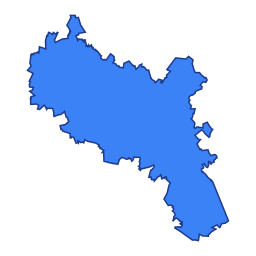 the district of Mangaung, Free State, South Africa
{"feature_id": "47623444B22599792684232", "entity_name": "Mangaung", "entity_type": "district", "adm_level": 2, "iso_a3": "ZAF", "parent_name": "South Africa", "parent_adm1": "Free State", "projection": "albers", "projection_center": [26.542, -29.381], "detail": "fine", "context": "isolated", "style": "filled", "palette": "blue", "viewbox_px": 256, "rotation_deg": 0, "n_neighbors": 0, "source": "geoboundaries", "source_scale": "gbopen_adm2", "svg_char_len": 5721}
<svg xmlns="http://www.w3.org/2000/svg" viewBox="0 0 256 256"><path d="M30.9,55.0L29.9,63.4L31.2,66.0L27.5,70.4L33.1,73.4L29.2,81.3L30.3,81.9L29.5,83.8L29.4,85.2L29.6,87.0L33.4,87.4L32.4,90.1L29.7,91.2L34.7,95.5L31.0,96.7L30.4,98.4L30.6,98.8L31.0,98.6L30.9,99.1L30.6,99.3L30.7,104.3L33.2,104.3L36.2,104.0L38.7,105.3L37.5,109.0L39.6,109.5L44.2,105.2L44.7,105.7L46.7,109.5L47.2,108.2L52.8,108.5L53.9,113.4L53.7,115.5L54.1,116.5L57.9,115.0L61.0,114.4L62.6,113.0L62.8,113.1L64.5,111.4L66.2,117.1L67.1,117.2L68.7,121.5L65.4,124.5L60.1,125.6L61.0,129.6L61.9,129.4L62.9,131.2L70.0,133.5L70.3,137.9L70.7,137.7L70.9,137.9L71.1,137.9L71.1,136.7L73.7,137.4L76.1,143.2L77.9,142.7L78.2,143.0L78.0,140.8L80.0,141.7L80.1,142.5L83.2,142.3L83.8,142.8L84.8,139.6L87.6,141.3L95.8,143.1L99.3,145.2L98.4,146.5L100.5,147.6L100.0,148.3L102.6,149.7L103.8,150.1L102.3,152.5L103.6,152.1L104.0,161.3L111.0,163.1L111.4,163.0L114.0,163.8L114.6,163.5L117.8,164.3L119.5,159.3L122.1,157.4L126.7,159.3L128.7,158.7L128.6,158.0L129.4,157.9L129.5,158.7L130.8,158.7L131.7,161.2L132.8,160.4L134.2,156.8L136.1,157.4L139.7,157.2L140.2,158.1L139.3,161.8L140.0,162.5L139.5,165.8L138.5,166.3L140.1,167.9L138.9,168.9L138.9,169.1L140.5,170.4L141.1,169.0L149.8,166.9L153.6,165.1L154.3,166.2L153.5,167.8L151.1,170.4L150.7,170.3L148.8,177.3L151.1,177.1L151.3,179.2L151.9,179.4L152.1,179.9L154.0,179.4L154.3,181.2L157.3,177.6L157.3,177.3L160.3,175.6L160.4,174.8L160.8,174.7L161.7,178.8L162.1,178.9L163.4,177.9L164.3,178.0L164.7,178.3L164.6,177.8L164.8,177.4L164.7,177.2L166.2,176.9L166.8,179.8L170.3,183.1L169.9,183.5L169.0,185.3L167.1,193.4L164.0,199.0L164.3,199.6L168.3,205.5L170.8,205.1L173.1,206.2L172.9,206.8L172.3,207.3L173.7,208.8L173.4,210.2L172.4,210.9L174.6,213.1L175.2,214.9L173.8,216.9L173.9,217.3L173.7,218.0L173.9,218.3L173.7,218.7L173.5,218.8L173.6,219.7L173.3,220.0L173.3,220.3L172.9,220.6L173.1,220.8L176.1,217.9L179.2,220.1L179.1,220.6L181.0,221.7L182.1,221.6L182.1,222.4L181.7,222.8L180.8,223.0L180.1,223.6L180.5,224.3L181.4,224.2L182.0,223.6L182.3,223.9L182.3,224.9L181.1,227.0L180.8,227.1L180.7,226.9L180.2,227.0L179.2,226.8L178.7,227.0L177.7,226.8L176.2,227.2L175.5,226.9L175.2,227.0L175.2,227.6L174.9,228.0L180.0,231.2L192.4,240.1L194.7,239.9L198.4,240.6L199.4,234.2L202.6,235.9L208.4,236.2L208.3,235.1L211.6,231.7L215.9,229.1L211.9,227.6L217.0,224.9L219.3,227.4L219.9,227.5L221.2,224.7L221.4,223.8L225.2,223.2L228.5,220.9L212.7,181.8L210.9,180.7L211.6,180.2L208.4,178.0L205.0,173.6L203.6,172.7L203.1,171.9L202.4,172.0L202.4,171.6L201.7,171.3L201.6,171.0L201.6,170.4L201.4,169.2L202.2,168.6L203.3,168.2L203.6,167.7L203.2,166.1L202.2,164.7L202.3,164.3L203.6,164.2L204.4,163.8L204.8,165.1L205.6,166.3L206.4,167.0L207.5,167.5L207.8,167.2L208.7,164.8L208.4,163.5L208.8,162.7L208.5,161.6L208.7,161.4L209.1,161.4L210.0,162.1L210.2,162.6L210.4,163.6L210.8,164.0L211.2,164.1L211.8,163.1L212.5,162.5L214.1,162.2L213.8,160.3L215.2,159.5L215.9,158.3L217.0,157.9L216.4,155.5L214.8,154.5L210.8,155.5L209.1,153.0L208.0,149.8L202.0,150.5L200.9,148.9L199.8,149.3L197.0,143.8L200.4,139.6L198.7,139.4L196.9,137.6L195.0,135.2L201.4,130.1L202.9,130.6L204.8,133.4L209.0,137.3L210.0,136.0L209.9,135.1L210.3,133.4L211.0,131.9L212.7,129.4L211.5,128.7L209.3,125.7L207.2,122.2L203.1,124.0L203.0,127.9L196.9,126.9L195.7,128.2L194.0,127.7L194.8,124.2L194.6,122.7L191.1,118.6L192.3,117.8L193.1,113.6L193.9,113.8L195.1,108.8L191.9,108.9L190.4,108.6L191.4,105.8L189.0,103.0L188.8,101.3L189.6,101.0L189.9,100.0L189.2,99.2L188.8,97.8L189.0,97.2L190.6,95.4L192.7,95.1L195.2,93.1L195.1,91.9L196.6,90.8L201.7,88.9L202.0,86.5L200.1,85.4L202.9,81.8L205.7,82.4L207.1,80.1L206.2,77.9L205.6,77.5L204.2,77.8L203.6,76.6L202.3,75.9L199.5,72.6L195.1,72.5L194.1,70.1L192.2,63.7L193.0,59.9L188.6,56.4L185.8,59.0L175.7,57.9L166.9,69.6L167.4,70.0L170.2,71.2L170.4,71.5L166.6,75.0L166.7,77.3L165.5,77.6L164.7,78.1L165.0,78.6L163.4,80.5L163.5,81.2L162.7,81.7L162.1,83.0L160.8,82.5L161.9,80.2L158.8,79.2L155.2,82.8L154.4,80.9L152.0,79.6L151.3,78.1L150.9,78.3L148.6,70.0L146.9,70.3L144.6,67.4L144.1,67.3L143.5,66.6L142.9,66.9L141.6,66.8L141.8,64.1L139.2,65.3L139.1,66.4L136.1,69.3L135.1,66.5L134.7,66.3L134.7,65.8L134.2,66.0L133.9,65.8L133.5,65.9L133.0,65.3L132.6,65.4L132.6,65.0L132.3,64.9L129.0,61.0L123.9,63.4L123.4,67.7L119.7,67.4L119.5,66.9L119.1,67.0L118.8,66.7L118.9,66.2L118.8,65.9L117.0,65.6L116.1,64.2L114.7,63.3L114.1,63.5L113.5,63.0L113.0,62.9L114.6,60.1L114.1,60.0L114.1,56.6L110.5,53.8L106.2,60.1L105.4,60.1L104.7,59.4L103.6,59.9L103.1,59.9L100.7,58.1L100.6,57.7L101.4,55.9L100.9,55.8L100.3,55.0L99.6,54.7L99.6,54.4L99.8,54.0L99.0,53.5L98.6,52.7L97.0,50.8L96.4,51.0L95.9,50.8L95.6,50.4L95.7,49.4L95.3,49.3L94.5,49.6L93.2,48.8L93.3,47.9L92.2,47.9L92.1,47.7L92.5,47.3L92.5,47.0L91.5,46.6L91.1,46.2L91.6,45.4L91.5,44.9L91.3,44.9L90.6,45.4L90.4,46.1L90.1,46.4L89.3,46.5L89.2,45.8L88.8,45.1L88.5,46.5L87.6,46.7L87.3,46.4L87.3,45.7L87.0,45.3L86.7,45.3L86.6,45.8L86.2,46.0L86.2,44.4L85.9,43.4L85.9,42.7L85.1,42.1L84.2,42.0L85.4,40.8L85.3,40.0L84.9,39.8L84.6,40.0L84.0,39.9L83.2,40.6L82.5,40.8L82.3,40.5L82.5,40.0L82.1,39.2L80.2,39.4L79.7,39.4L79.6,39.1L78.8,38.9L78.1,39.2L78.1,39.8L77.7,40.5L77.0,38.2L75.9,35.6L78.5,34.9L78.7,33.4L85.3,32.2L80.6,24.9L78.4,17.5L75.5,17.6L75.3,15.4L70.3,15.4L71.0,17.8L70.8,17.8L66.9,25.3L69.6,29.2L69.4,29.3L70.4,31.1L70.5,31.6L69.7,31.5L69.8,33.0L69.4,32.9L69.2,34.2L68.7,34.1L68.5,35.2L67.8,35.3L67.9,35.8L67.9,38.4L62.4,39.0L55.3,42.5L54.5,40.0L57.9,32.6L57.4,32.3L55.8,34.0L53.3,32.5L52.7,34.4L48.8,32.3L48.2,33.3L47.6,36.0L46.8,35.6L45.5,40.9L45.8,48.9L39.4,46.8L38.9,53.0L38.5,52.8L38.0,52.0L37.6,51.9L36.2,53.1L34.1,53.1L33.5,54.6L32.4,53.9L32.0,53.8L31.6,54.1L31.7,54.9L31.3,55.2L30.9,55.0Z" fill="#3b82f6" stroke="#1e3a8a" stroke-width="1.5"/></svg>